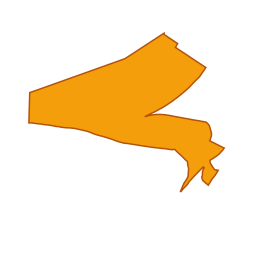 outline of Kesm than Al Raml, Al Iskandariyah, Egypt, rotated 162°
{"feature_id": "37247803B61972877463363", "entity_name": "Kesm than Al Raml", "entity_type": "district", "adm_level": 2, "iso_a3": "EGY", "parent_name": "Egypt", "parent_adm1": "Al Iskandariyah", "projection": "albers", "projection_center": [29.979, 31.211], "detail": "fine", "context": "isolated", "style": "filled", "palette": "amber", "viewbox_px": 256, "rotation_deg": 162, "n_neighbors": 0, "source": "geoboundaries", "source_scale": "gbopen_adm2", "svg_char_len": 2856}
<svg xmlns="http://www.w3.org/2000/svg" viewBox="0 0 256 256"><g transform="rotate(162 128 128)"><path d="M109.4,194.9L122.4,194.5L194.7,192.4L210.5,192.0L212.4,186.8L220.7,163.5L217.8,162.5L214.6,160.9L209.9,158.8L206.4,157.0L202.7,155.4L199.4,153.7L197.8,152.8L196.0,151.7L193.7,150.8L191.5,149.5L188.3,148.0L186.1,147.1L183.3,146.1L179.4,144.3L177.3,143.2L175.2,141.9L174.2,141.3L171.9,140.0L168.0,137.6L165.7,135.9L161.7,132.5L158.6,130.3L155.1,128.1L153.3,126.9L148.9,123.8L145.7,121.4L144.6,120.4L142.4,118.8L141.2,117.9L136.8,115.0L135.4,114.3L134.9,114.1L132.8,113.2L120.5,106.9L109.4,101.4L106.6,100.2L101.4,97.8L99.9,97.2L97.0,95.8L93.8,94.2L92.8,93.8L90.2,93.2L89.9,92.5L87.5,88.0L86.8,86.8L86.4,86.2L85.3,84.2L83.1,79.8L82.0,78.0L82.0,77.3L82.6,74.3L82.7,72.8L82.8,72.0L83.0,70.3L84.1,67.8L84.8,66.0L84.8,65.8L84.9,65.7L85.7,63.8L85.8,63.6L85.9,63.4L87.5,61.7L90.0,59.6L91.9,58.1L97.6,51.6L97.8,50.9L97.8,51.0L97.7,51.0L96.2,51.8L94.4,53.1L91.9,54.4L89.2,55.8L88.3,56.4L86.3,58.2L84.2,59.3L83.5,59.6L83.4,59.7L82.4,60.4L79.1,62.2L73.0,65.4L68.6,67.7L67.9,66.7L68.1,66.5L68.3,66.3L68.9,65.8L69.3,65.3L70.1,64.3L70.5,63.5L71.1,62.3L71.9,59.9L72.3,59.4L72.6,59.1L72.7,58.9L72.8,58.7L73.1,58.0L73.1,57.8L73.1,57.7L73.2,55.7L73.0,54.8L72.9,54.7L72.3,53.6L70.5,50.6L70.1,50.0L69.3,48.8L63.9,53.4L61.1,55.2L60.3,55.7L57.3,58.1L55.3,59.8L55.5,59.9L55.6,60.0L55.8,60.1L56.1,60.4L56.5,60.6L56.8,60.3L57.6,61.1L58.6,61.8L59.3,64.0L60.1,67.1L60.5,68.7L60.5,69.1L60.4,70.1L60.2,71.9L58.8,72.3L57.7,72.5L56.1,72.9L54.8,73.3L54.0,73.5L52.9,73.8L52.3,74.0L52.1,74.1L51.9,74.2L50.6,74.6L49.5,75.0L48.9,75.4L48.1,75.8L47.1,76.4L46.1,76.9L45.1,77.4L44.2,78.1L43.2,78.8L42.7,79.2L43.5,79.9L46.1,82.5L47.2,83.6L51.3,87.7L52.7,89.0L54.3,90.6L53.4,91.5L52.7,92.6L51.8,93.8L51.1,94.8L51.0,95.0L50.2,97.2L50.1,99.2L49.9,104.4L50.0,104.7L50.0,105.0L50.3,106.4L51.8,109.4L53.9,110.5L57.3,112.4L64.3,116.0L65.5,116.7L66.3,117.1L67.3,117.6L68.0,118.1L69.0,118.6L69.9,119.1L70.7,119.5L71.5,119.9L71.7,120.0L71.9,120.1L72.5,120.5L73.4,121.0L74.4,121.5L75.3,122.0L76.0,122.4L76.6,122.7L77.8,123.3L79.6,124.3L82.7,126.0L84.6,127.1L86.1,127.8L88.4,129.0L89.5,129.5L90.5,129.9L92.0,130.5L92.9,130.9L93.5,131.1L94.2,131.3L94.5,131.4L94.7,131.5L95.4,131.7L96.3,131.9L97.7,132.3L99.1,132.6L99.6,132.7L100.8,132.9L101.8,133.1L102.9,133.2L104.3,133.3L105.2,133.4L107.7,133.5L108.3,133.6L108.6,133.6L107.9,133.7L100.6,134.8L98.7,135.0L97.0,135.2L95.9,135.4L94.2,135.8L92.0,136.2L90.3,136.5L89.2,136.7L87.5,137.1L86.2,137.4L85.1,137.7L83.2,138.2L81.1,138.8L79.6,139.2L77.5,139.8L76.6,140.2L75.9,140.4L74.1,141.1L73.9,141.1L73.6,141.2L70.7,142.2L67.7,143.3L65.2,144.3L61.7,145.8L59.0,147.0L57.0,147.9L54.3,149.4L52.2,150.5L49.8,151.8L47.0,153.2L44.2,154.6L35.3,161.4L58.0,190.0L54.7,192.9L64.7,205.7L64.3,207.1L109.4,194.9Z" fill="#f59e0b" stroke="#b45309" stroke-width="1.5"/></g></svg>